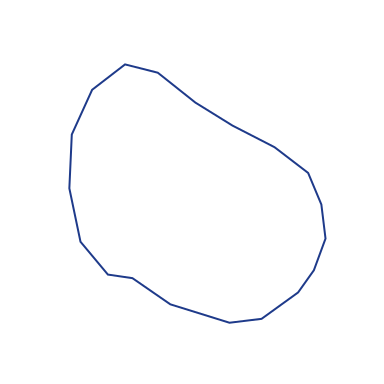 Astana, Natural Earth projection, rotated 164°
{"feature_id": "KAZ-4830", "entity_name": "Astana", "entity_type": "City", "adm_level": 1, "iso_a3": "KAZ", "parent_name": "Kazakhstan", "parent_adm1": "", "projection": "natural_earth1", "projection_center": [71.419, 51.14], "detail": "fine", "context": "isolated", "style": "outline", "palette": "blue", "viewbox_px": 384, "rotation_deg": 164, "n_neighbors": 0, "source": "natural_earth", "source_scale": "10m", "svg_char_len": 396}
<svg xmlns="http://www.w3.org/2000/svg" viewBox="0 0 384 384"><g transform="rotate(164 192 192)"><path d="M160.1,50.9L192.0,56.0L243.8,90.0L273.0,125.6L295.6,135.8L312.9,174.9L308.9,229.3L291.7,280.4L259.8,317.8L221.2,333.1L192.0,316.1L164.1,277.0L134.8,244.7L100.3,212.3L75.1,178.3L71.1,144.3L76.5,110.4L96.4,83.2L117.7,66.2L160.1,50.9Z" fill="none" stroke="#1e3a8a" stroke-width="2"/></g></svg>